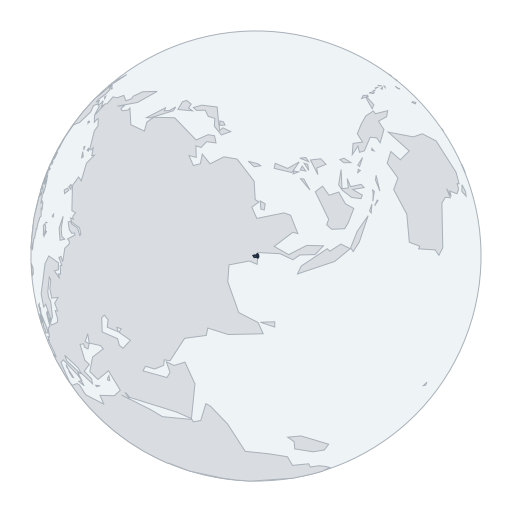 the Earth from above Yangon, rotated 289°
{"feature_id": "MMR-3269", "entity_name": "Yangon", "entity_type": "Division", "adm_level": 1, "iso_a3": "MMR", "parent_name": "Myanmar", "parent_adm1": "", "projection": "orthographic", "projection_center": [96.162, 17.041], "detail": "fine", "context": "on_globe", "style": "filled", "palette": "slate", "viewbox_px": 512, "rotation_deg": 289, "n_neighbors": 0, "source": "natural_earth", "source_scale": "10m", "svg_char_len": 11098}
<svg xmlns="http://www.w3.org/2000/svg" viewBox="0 0 512 512"><g transform="rotate(289 256 256)"><circle cx="256" cy="256" r="225" fill="#eef3f6" stroke="#a8b0b8"/><path d="M471.2,322.4L470.8,323.9L470.7,324.2L471.2,322.4ZM351.6,52.0L353.9,53.4L363.0,58.3L355.5,54.6L377.5,67.6L385.5,74.8L372.1,64.4L367.3,61.7L370.6,65.0L366.5,63.0L365.7,63.7L360.4,61.3L353.0,56.2L349.5,54.8L352.0,57.3L348.4,57.0L345.2,53.4L338.4,52.8L324.8,45.7L320.5,40.6L308.6,37.2L301.8,35.4L318.8,39.7L335.4,45.2L351.6,52.0ZM370.5,62.8L368.2,61.1L371.8,63.5L370.5,62.8ZM366.5,64.3L368.5,65.5L367.2,65.4L366.5,64.3ZM358.1,61.9L355.5,61.7L356.8,60.9L358.1,61.9ZM353.1,61.0L346.9,61.3L350.7,63.8L336.4,57.5L346.4,59.0L347.5,57.4L349.6,59.5L353.1,61.0ZM298.5,34.8L297.0,34.5L298.5,34.8ZM293.1,33.8L297.4,34.7L289.7,33.5L285.0,32.7L282.1,32.3L280.6,32.1L293.1,33.8ZM329.5,54.3L326.9,53.9L328.2,53.4L329.5,54.3ZM276.4,31.6L277.3,31.7L270.8,31.3L272.2,31.3L276.4,31.6ZM302.6,35.7L303.0,36.1L296.8,35.1L296.1,35.2L289.6,33.5L302.6,35.7ZM269.5,31.1L270.0,31.2L267.4,31.1L263.3,30.9L266.5,31.0L269.5,31.1ZM280.5,32.1L281.2,32.2L278.7,31.9L280.5,32.1ZM251.5,30.8L252.7,30.8L247.2,30.9L247.5,30.9L251.5,30.8ZM266.7,31.1L268.2,31.2L269.2,31.3L266.7,31.3L266.7,31.1ZM285.7,33.2L283.0,32.9L288.0,33.8L283.6,33.4L280.1,32.5L279.7,32.8L278.4,32.7L277.0,32.1L285.7,33.2ZM267.2,31.7L261.2,31.0L253.4,31.0L251.9,30.9L264.8,31.0L267.2,31.7ZM273.1,31.9L269.1,31.7L269.3,31.5L272.2,31.5L273.1,31.9ZM281.8,33.7L289.5,34.4L290.0,34.6L281.8,33.7ZM264.9,31.7L266.4,31.9L264.3,31.7L264.9,31.7ZM276.6,33.0L279.2,33.1L279.7,33.3L276.6,33.0ZM267.1,32.3L265.2,32.0L267.0,31.9L267.1,32.3ZM271.4,32.7L271.4,33.0L268.9,32.1L272.5,32.6L271.4,32.7ZM276.6,33.2L277.7,33.4L275.4,33.1L276.6,33.2ZM261.1,33.2L257.4,32.1L261.6,31.8L264.6,32.8L261.1,33.2ZM76.5,119.9L77.2,118.9L73.8,124.1L77.2,128.4L76.5,131.2L69.3,140.2L66.4,160.2L73.5,153.9L77.7,167.4L84.8,171.4L99.5,153.9L87.8,146.8L92.6,136.5L107.3,134.4L118.5,141.8L120.7,138.1L119.4,126.6L127.7,122.2L119.5,122.3L118.6,126.8L113.4,127.4L114.0,123.4L116.9,121.7L115.2,118.4L101.7,128.1L99.2,133.7L91.1,131.1L86.3,140.5L82.0,143.1L88.6,128.4L92.4,124.1L99.9,107.4L95.2,111.4L87.8,127.8L87.5,125.6L81.1,132.4L85.8,125.5L95.1,107.6L91.7,106.3L77.2,119.7L77.3,118.9L79.2,116.3L91.7,101.9L97.3,96.1L95.4,100.1L100.8,95.2L109.9,86.1L108.5,88.4L112.0,85.5L112.1,87.1L120.8,82.8L122.2,84.1L133.8,76.6L136.1,76.6L128.5,80.8L124.1,85.0L128.6,89.8L131.8,89.0L139.0,84.0L139.4,86.4L145.8,81.0L152.4,82.3L149.7,76.6L158.0,71.7L166.5,69.8L168.8,67.4L155.0,70.6L149.9,73.0L146.4,76.5L132.2,83.4L128.8,83.2L141.9,72.9L138.6,71.9L150.2,65.2L180.3,59.0L188.6,60.1L185.2,71.5L178.5,73.6L176.4,70.2L170.8,77.6L174.8,74.9L175.1,77.2L183.2,74.0L183.8,75.5L190.5,70.1L192.1,71.7L187.8,75.1L201.2,72.7L206.7,75.6L209.5,74.4L210.8,72.3L217.0,78.0L218.7,76.9L217.4,74.5L220.0,71.0L227.0,67.3L228.7,69.4L226.4,71.0L224.3,78.2L217.9,82.8L219.4,83.4L225.3,79.9L227.9,71.1L231.6,68.3L231.3,72.2L231.7,70.6L234.1,69.9L238.1,71.4L238.9,67.2L262.8,59.5L273.0,62.5L270.1,66.3L288.6,65.5L298.7,70.4L297.4,68.0L305.4,66.9L302.4,65.3L302.4,64.1L321.7,62.4L327.6,64.2L334.5,62.2L333.8,61.2L329.8,59.6L336.4,57.5L350.7,63.8L351.5,65.7L359.9,69.0L360.4,73.2L364.8,78.7L360.4,82.5L364.2,87.1L367.1,87.9L374.4,95.4L379.5,109.0L362.7,94.1L352.5,76.1L355.5,82.7L351.1,80.3L349.8,82.3L352.3,87.5L354.9,88.6L339.4,94.9L337.8,109.8L347.1,109.2L353.9,114.2L360.2,134.1L346.2,161.6L355.1,171.2L356.2,177.6L349.9,181.4L348.0,172.1L340.7,168.7L340.6,163.3L329.8,167.4L329.2,159.9L321.1,167.3L325.2,173.4L334.9,172.0L328.2,182.6L339.3,193.4L341.5,206.6L326.1,229.9L309.0,236.9L308.1,241.1L300.8,236.2L291.8,244.5L305.9,268.5L305.8,275.4L290.8,288.3L290.4,283.1L271.0,270.1L267.9,286.5L282.5,300.5L287.6,316.5L276.5,311.3L271.3,297.2L264.5,292.2L266.0,277.9L259.8,256.4L248.5,259.9L249.1,251.4L238.8,233.3L222.5,237.7L196.9,258.1L193.8,279.6L184.8,288.1L172.7,255.2L172.2,233.9L164.7,234.8L154.9,215.3L128.9,208.8L128.0,203.0L122.5,204.3L116.1,196.9L115.8,187.4L110.6,186.5L112.1,211.4L118.0,212.6L126.8,205.7L125.8,214.1L132.5,223.4L115.2,239.9L81.2,247.9L82.6,231.4L81.2,182.5L83.9,178.1L84.1,177.6L84.4,176.6L79.4,183.3L80.8,174.1L76.4,206.6L73.6,219.8L80.6,248.7L78.8,250.7L82.5,257.3L100.1,256.7L99.1,262.0L87.9,283.8L67.8,309.4L73.2,332.8L76.4,351.1L69.9,358.7L76.7,373.5L74.2,376.0L78.2,383.9L79.7,390.3L80.0,394.7L73.8,388.4L68.5,380.8L57.9,363.3L41.2,323.8L37.5,309.3L34.9,296.1L31.0,263.2L31.5,248.6L31.7,240.8L31.3,239.7L32.2,230.4L34.8,213.3L38.7,196.5L43.9,180.1L50.3,164.2L57.9,148.7L66.6,133.9L76.5,119.9ZM125.5,160.3L135.4,164.7L139.3,151.4L143.4,152.2L143.2,147.7L139.5,150.5L140.3,138.5L147.6,136.9L150.7,131.8L147.5,130.2L134.1,135.3L132.8,152.0L127.0,155.9L125.5,160.3ZM130.9,70.3L128.1,72.7L124.0,75.3L122.2,75.3L128.3,71.4L130.9,70.3ZM125.2,75.6L138.6,66.4L140.2,66.6L137.1,67.9L136.8,69.0L131.6,71.5L120.0,81.5L115.6,84.5L114.8,81.9L117.5,80.8L120.0,78.2L125.2,75.6ZM170.0,48.4L175.8,46.0L171.8,49.2L166.8,51.2L164.8,50.9L169.4,48.5L170.0,48.4ZM262.4,30.8L261.1,30.8L258.2,30.8L258.3,30.7L262.4,30.8ZM256.9,30.7L254.3,30.7L253.3,30.7L256.9,30.7ZM219.3,33.7L219.6,33.7L215.8,34.3L222.7,33.2L223.2,33.2L232.0,32.5L241.7,31.6L245.1,31.6L241.5,32.0L247.5,31.8L243.1,32.7L245.5,32.9L243.5,34.3L235.3,35.5L238.6,35.6L237.3,37.1L230.6,38.5L231.9,37.1L223.6,39.9L221.5,38.8L220.7,39.2L216.5,39.1L209.9,39.9L209.9,39.3L207.4,40.0L204.5,40.2L201.0,40.9L199.8,40.3L195.4,41.3L197.4,40.5L190.1,42.5L195.0,40.8L191.7,41.3L188.7,42.7L190.6,40.4L219.3,33.7ZM260.3,33.5L250.9,34.5L245.2,34.5L251.0,32.2L249.4,31.9L252.9,31.1L261.2,31.2L259.4,31.4L259.6,31.6L257.0,31.4L259.3,31.8L256.9,32.1L258.1,32.6L254.7,32.7L260.3,33.5ZM79.9,128.8L80.1,130.1L81.4,131.1L77.4,135.8L79.9,128.8ZM86.0,116.6L86.8,116.7L81.7,123.1L81.5,122.0L86.0,116.6ZM91.5,111.8L87.2,116.3L89.4,113.2L91.5,111.8ZM129.7,81.0L131.1,81.2L129.6,82.5L126.8,83.9L129.7,81.0ZM205.5,49.2L207.2,47.7L208.7,47.6L215.6,45.0L217.8,46.0L214.4,48.0L205.5,49.2ZM95.0,155.9L90.5,158.3L90.5,155.9L92.0,155.5L95.0,155.9ZM81.6,146.5L82.6,150.9L80.5,147.7L81.6,146.5ZM209.0,49.8L211.6,48.5L211.1,49.9L209.0,49.8ZM219.7,46.7L219.7,48.0L218.8,45.8L219.7,46.7ZM187.9,456.4L192.4,458.7L189.0,458.3L187.9,456.4ZM100.5,357.1L101.7,386.0L94.8,383.7L89.5,373.8L86.2,355.4L92.8,352.6L95.0,345.0L100.5,357.1ZM342.1,351.8L348.4,352.4L348.1,353.4L342.1,351.8ZM335.6,348.7L342.9,348.7L334.2,350.9L335.6,348.7ZM345.7,348.7L353.1,346.5L356.4,344.7L355.7,346.8L345.7,348.7ZM330.6,348.9L302.8,349.1L291.8,346.4L294.5,342.8L312.4,343.7L330.6,348.9ZM293.6,342.7L276.5,332.2L252.6,301.1L261.2,302.0L286.1,321.0L284.5,324.2L294.9,332.4L293.6,342.7ZM334.5,323.5L332.8,333.0L317.6,332.4L310.7,331.0L305.9,318.8L308.6,312.6L314.3,312.8L336.0,291.2L343.7,296.2L337.2,305.3L343.4,313.4L334.5,323.5ZM194.8,281.8L199.9,295.2L194.9,296.8L194.8,281.8ZM344.4,276.1L335.9,285.6L343.5,273.0L344.4,276.1ZM348.7,264.2L349.4,268.9L345.7,264.4L348.7,264.2ZM308.3,247.7L302.2,248.8L301.9,245.4L309.4,242.1L308.3,247.7ZM343.1,217.9L343.8,227.7L342.9,231.1L339.8,225.2L343.1,217.9ZM230.8,60.7L218.8,62.8L211.5,65.9L209.6,69.7L207.1,65.6L218.3,60.8L230.8,60.7ZM258.7,59.2L260.3,56.5L263.1,57.5L263.1,58.3L258.7,59.2ZM257.2,57.6L252.7,54.7L255.9,53.2L258.8,55.7L257.2,57.6ZM230.4,51.0L226.7,51.5L227.2,50.3L230.4,51.0ZM403.9,426.0L402.9,426.7L409.6,420.8L403.9,426.0ZM380.9,435.2L384.1,429.6L390.5,427.6L384.9,433.3L380.9,435.2ZM435.1,392.6L436.9,390.2L435.6,392.0L435.1,392.6ZM366.6,414.5L324.7,429.9L316.2,428.7L320.1,423.4L315.7,407.4L318.6,407.7L318.9,396.5L344.6,385.0L363.6,364.6L376.0,364.8L386.5,349.8L398.7,349.5L393.9,361.1L405.2,366.7L416.2,340.7L419.8,365.9L425.7,373.5L423.4,388.9L400.4,417.8L390.4,424.5L389.9,422.6L385.3,425.8L380.3,425.8L380.5,418.1L375.9,421.2L381.7,414.4L374.3,420.8L373.1,415.9L366.6,414.5ZM452.0,353.4L452.9,353.6L453.2,357.2L451.8,357.2L452.0,353.4ZM468.6,329.6L468.2,331.4L467.5,332.7L468.6,329.6ZM470.7,324.2L470.0,326.0L471.2,322.4L470.7,324.2ZM460.9,335.6L461.1,337.0L460.6,337.8L460.9,335.6ZM460.6,335.3L461.7,332.3L461.2,335.0L460.6,335.3ZM457.4,323.3L458.3,321.6L458.5,322.6L457.4,323.3ZM357.7,352.0L366.7,344.3L371.4,343.3L357.7,352.0ZM456.6,320.7L454.7,321.1L455.1,319.6L456.6,320.7ZM457.1,317.3L457.1,315.4L457.8,319.7L457.1,317.3ZM453.7,314.0L455.8,316.8L453.3,314.5L453.7,314.0ZM452.1,314.9L450.4,313.8L450.5,313.2L452.1,314.9ZM429.4,322.6L436.3,333.2L430.2,334.1L423.4,327.9L417.2,335.8L403.5,336.5L407.0,331.7L405.4,325.3L390.7,324.2L387.7,320.1L393.1,316.6L383.1,314.0L394.1,311.1L398.4,319.7L404.6,312.0L414.7,312.5L424.1,314.2L431.3,319.7L429.4,322.6ZM393.7,330.8L395.6,330.6L393.8,333.5L393.7,330.8ZM447.0,309.8L449.6,313.5L449.2,314.6L447.9,314.3L447.0,309.8ZM433.0,317.9L440.9,309.1L442.6,308.8L437.3,318.2L433.0,317.9ZM439.2,304.6L442.6,305.0L444.3,308.8L443.6,310.1L439.2,304.6ZM371.3,324.4L370.8,326.9L367.9,325.1L371.3,324.4ZM375.1,322.6L383.9,324.7L374.3,324.8L375.1,322.6ZM347.7,315.4L350.4,321.2L358.9,317.0L352.4,322.8L358.0,332.2L355.9,336.0L350.4,325.7L348.2,336.7L344.4,336.6L342.5,327.4L346.4,315.9L350.2,311.0L365.5,308.3L347.7,315.4ZM375.2,315.4L372.8,308.6L374.5,303.9L377.1,307.4L375.2,315.4ZM365.5,292.4L358.9,284.7L353.1,288.0L364.5,276.3L369.0,285.6L365.5,292.4ZM359.5,275.0L354.1,278.0L359.4,271.3L359.5,275.0ZM352.6,275.4L351.7,269.8L356.0,270.4L352.6,275.4ZM362.3,275.1L362.8,265.6L365.3,271.1L362.3,275.1ZM349.1,257.4L359.0,266.2L346.6,262.8L344.8,244.6L349.9,244.0L349.1,257.4ZM369.7,184.1L367.7,179.2L372.0,177.9L372.2,181.6L369.7,184.1ZM384.2,170.8L372.5,176.0L362.8,180.9L366.4,183.0L365.4,191.6L359.2,183.9L365.1,174.4L372.7,172.3L372.5,165.4L377.3,160.5L374.3,152.2L376.0,148.5L381.0,155.7L384.2,170.8ZM372.6,148.7L369.1,134.5L377.8,136.2L380.5,139.7L378.5,145.3L374.0,144.0L372.6,148.7ZM370.8,131.7L366.4,130.5L352.1,110.9L351.2,107.4L366.7,122.2L363.4,122.0L365.4,126.8L370.8,131.7ZM328.4,55.0L327.0,54.0L329.5,54.9L328.4,55.0ZM300.5,63.3L301.0,61.9L303.9,62.7L300.5,63.3ZM303.8,58.6L300.1,58.7L303.2,57.7L303.8,58.6ZM292.1,59.1L298.3,58.2L293.5,60.4L292.1,59.1Z" fill="#d9dde1" stroke="#a8b0b8" stroke-width="1"/><path d="M258.5,256.6L258.6,256.8L258.4,257.1L258.3,257.3L258.1,257.5L257.9,257.8L257.7,258.1L257.3,258.2L257.0,258.2L256.9,258.1L256.7,258.1L256.5,257.9L256.4,257.8L256.4,257.7L256.3,257.4L256.2,257.2L256.3,257.0L256.4,256.9L256.5,256.9L256.4,256.9L256.2,257.0L256.2,257.4L256.3,257.5L256.3,257.8L256.5,258.2L256.6,258.3L256.6,258.5L256.2,258.7L256.0,258.8L255.9,258.8L255.7,258.7L255.4,258.6L255.5,258.6L255.4,258.6L255.1,258.5L254.9,258.5L254.9,258.4L254.8,258.2L255.0,258.0L255.0,257.9L254.9,257.8L254.9,257.7L255.0,257.5L255.0,257.3L255.0,257.2L254.9,257.0L254.9,256.9L254.9,256.7L255.0,256.5L255.0,256.4L254.9,256.3L254.8,256.2L254.7,255.9L254.7,255.7L254.4,255.5L254.4,255.4L254.2,255.1L254.3,254.8L254.3,254.7L254.4,254.3L254.5,254.1L254.8,253.9L255.0,253.7L255.3,253.5L255.4,253.4L255.5,253.2L255.8,253.5L256.5,254.7L256.5,254.8L256.6,255.4L256.7,255.5L256.8,255.6L256.9,255.9L256.9,256.1L257.1,256.2L257.5,256.2L257.9,256.2L258.1,256.3L258.3,256.4L258.4,256.6L258.5,256.6Z" fill="#64748b" stroke="#1e293b" stroke-width="1.5"/></g></svg>